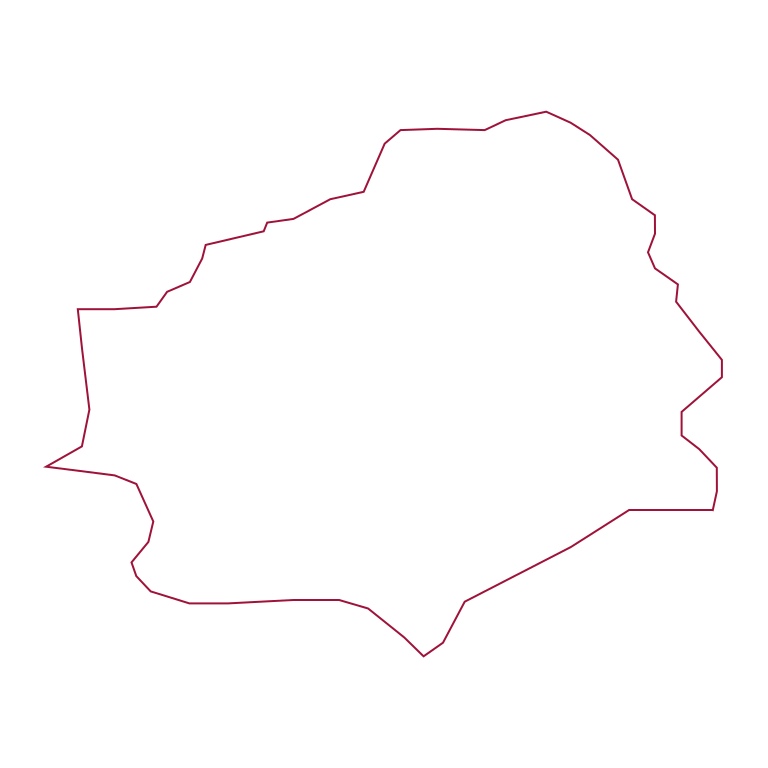 outline of Laholm, Halland, Sweden
{"feature_id": "70781695B78273070971821", "entity_name": "Laholm", "entity_type": "district", "adm_level": 2, "iso_a3": "SWE", "parent_name": "Sweden", "parent_adm1": "Halland", "projection": "robinson", "projection_center": [13.225, 56.526], "detail": "fine", "context": "isolated", "style": "outline", "palette": "rose", "viewbox_px": 768, "rotation_deg": 0, "n_neighbors": 0, "source": "geoboundaries", "source_scale": "gbopen_adm2", "svg_char_len": 914}
<svg xmlns="http://www.w3.org/2000/svg" viewBox="0 0 768 768"><path d="M140.7,580.8L150.7,591.4L189.4,603.4L228.0,603.4L293.2,600.0L339.1,600.0L368.1,608.5L404.3,637.5L422.1,654.9L423.6,656.3L443.0,642.7L464.7,601.7L570.9,547.0L629.1,510.0L712.5,510.0L712.8,510.1L716.9,491.3L716.8,467.7L699.2,449.1L681.6,435.5L681.6,411.9L721.9,377.2L721.9,359.9L699.0,331.4L676.1,301.7L677.9,284.4L655.0,268.4L648.0,252.3L655.0,233.7L654.9,215.2L653.8,214.5L632.1,199.2L618.0,159.7L589.9,135.0L570.6,122.7L546.2,111.7L505.7,120.2L484.7,130.1L437.3,128.8L400.5,130.1L384.7,143.6L370.7,175.7L363.7,191.8L330.3,199.2L293.5,218.9L267.2,222.6L263.7,231.3L237.3,237.5L205.7,244.9L202.2,258.5L189.9,282.0L167.1,291.8L156.5,306.7L114.4,309.2L77.8,309.2L82.0,348.4L89.4,409.6L81.9,446.4L46.1,466.7L114.7,475.4L136.4,484.0L153.3,521.5L148.4,541.9L131.5,562.4L136.3,576.1L140.7,580.8Z" fill="none" stroke="#9f1239" stroke-width="2"/></svg>